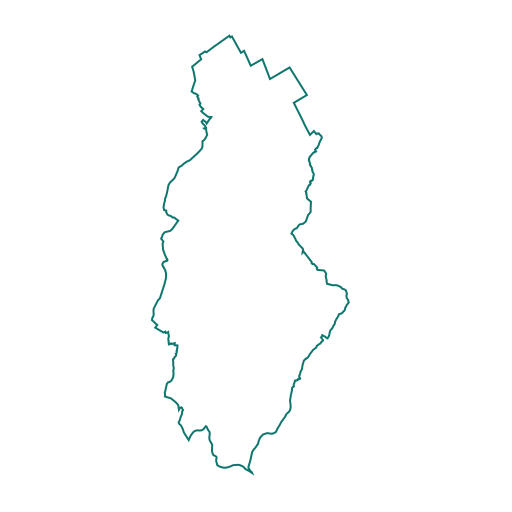 the district of Frumoasa, Harghita, Romania, rotated 96°
{"feature_id": "2599482B33040841725403", "entity_name": "Frumoasa", "entity_type": "district", "adm_level": 2, "iso_a3": "ROU", "parent_name": "Romania", "parent_adm1": "Harghita", "projection": "equal_earth", "projection_center": [25.919, 46.451], "detail": "fine", "context": "isolated", "style": "outline", "palette": "teal", "viewbox_px": 512, "rotation_deg": 96, "n_neighbors": 0, "source": "geoboundaries", "source_scale": "gbopen_adm2", "svg_char_len": 6142}
<svg xmlns="http://www.w3.org/2000/svg" viewBox="0 0 512 512"><g transform="rotate(96 256 256)"><path d="M74.4,339.3L79.2,337.3L87.9,334.7L90.6,335.5L99.1,337.2L100.6,334.7L100.8,333.9L100.8,333.2L101.2,332.0L102.5,330.4L103.6,331.1L104.5,330.3L105.6,329.5L106.1,329.9L110.3,327.2L111.3,328.0L112.9,327.0L113.7,326.3L113.7,326.0L115.4,323.8L117.7,325.6L119.5,323.3L122.5,318.4L122.6,317.9L122.5,314.9L122.9,315.0L124.6,316.4L129.4,318.9L128.4,319.5L127.7,320.4L126.6,322.3L126.2,322.8L128.2,324.1L129.1,323.5L130.5,322.0L131.6,320.6L133.7,319.1L134.5,320.9L134.7,320.6L134.4,320.3L134.2,319.4L135.5,318.8L138.0,318.2L140.4,317.2L143.5,318.3L146.0,319.6L147.5,321.2L152.9,320.7L155.1,321.3L159.7,324.7L167.7,331.8L169.6,335.0L171.8,337.5L174.4,339.8L174.7,340.5L176.1,342.2L179.8,342.9L186.6,345.0L188.4,346.2L191.9,349.2L194.8,350.5L202.0,351.1L206.8,351.8L208.1,352.4L210.9,352.4L213.0,352.8L217.1,353.1L220.0,352.1L220.2,350.0L222.0,349.8L224.1,348.3L224.6,347.3L225.3,344.5L226.4,343.1L226.3,341.2L227.2,340.1L228.9,337.0L238.1,342.2L239.8,343.8L240.1,344.2L241.7,348.8L242.3,349.6L244.7,351.1L247.5,351.6L247.9,352.0L248.8,352.1L251.2,349.6L253.6,350.2L259.3,349.1L264.0,346.9L268.3,344.4L268.3,344.0L269.3,343.6L269.9,343.8L269.8,344.3L270.3,344.6L270.4,345.3L270.9,345.6L271.1,346.4L271.7,347.4L272.4,347.8L274.1,348.3L275.1,347.9L276.6,347.0L276.6,346.8L277.1,346.7L279.6,344.7L280.7,344.6L281.4,344.1L282.9,343.6L286.9,343.2L293.1,344.0L307.4,347.0L308.7,347.5L309.6,348.4L311.1,349.2L319.3,352.3L322.4,352.1L324.1,351.7L325.8,351.7L327.1,352.0L328.3,352.6L330.6,352.8L334.9,347.0L337.8,348.7L341.8,340.0L340.7,338.3L342.0,337.7L341.4,336.2L340.8,335.4L341.8,335.3L344.7,334.2L347.3,334.6L353.0,333.4L352.8,332.9L351.9,331.7L351.9,331.1L352.4,330.9L351.2,327.7L353.2,327.8L353.3,326.9L353.1,324.8L355.8,324.6L356.9,324.9L357.2,324.7L358.2,324.7L358.9,325.1L359.3,324.8L359.7,324.9L360.1,324.8L361.3,325.0L361.6,325.5L362.0,325.2L363.0,325.0L364.2,325.6L364.4,325.9L364.9,326.2L365.4,326.6L366.3,326.6L367.4,327.8L370.8,327.1L373.0,327.0L375.4,326.2L376.7,326.1L379.3,326.3L380.2,325.8L382.1,325.8L382.5,325.6L384.5,325.8L385.0,325.6L388.9,327.2L390.4,328.9L390.7,330.1L392.4,331.3L400.4,332.2L401.0,332.5L404.2,331.8L405.1,332.0L405.3,331.8L406.5,325.6L409.8,320.6L412.3,317.8L416.9,316.6L415.0,315.8L414.3,314.5L414.6,313.9L415.9,313.3L416.4,312.7L416.9,312.5L418.5,313.2L420.7,313.0L423.9,314.1L426.7,314.5L427.3,314.8L428.3,315.0L429.8,315.5L430.2,315.3L431.0,314.9L431.8,313.5L432.9,312.5L435.6,310.8L439.0,309.3L446.1,303.7L441.7,302.3L438.4,300.4L437.5,299.7L436.6,298.8L435.7,297.0L435.4,295.2L435.5,294.0L435.1,292.0L433.8,290.1L430.5,288.2L430.5,287.9L430.9,287.4L431.9,286.7L433.4,285.9L435.8,283.9L436.7,283.6L437.7,283.4L439.9,283.5L442.6,283.3L443.8,282.9L444.8,282.3L448.3,279.8L454.0,279.5L455.6,279.1L458.2,277.8L458.6,277.1L459.5,274.9L460.0,274.3L460.6,274.1L462.6,274.3L464.3,274.1L468.1,272.6L469.4,269.6L469.9,266.1L469.8,264.7L469.6,263.5L468.4,260.3L466.4,256.8L465.5,251.6L465.7,250.0L466.7,246.9L467.5,245.8L468.9,244.4L470.9,239.6L472.3,237.1L471.7,237.4L470.4,239.0L468.0,241.0L467.3,241.4L466.6,241.5L460.2,240.3L451.3,239.3L448.9,238.2L446.3,236.3L443.7,235.1L442.8,234.3L440.8,234.2L437.5,233.4L436.6,232.8L435.7,232.7L435.4,232.5L434.8,231.8L433.0,230.6L431.9,228.6L431.1,226.5L430.9,225.8L431.1,224.9L431.1,221.4L430.5,220.1L429.2,218.1L428.7,217.7L425.7,216.7L421.2,214.6L418.2,213.4L413.5,210.6L410.3,209.3L409.4,208.8L408.7,208.0L407.6,207.0L405.9,206.1L403.1,205.7L400.2,206.1L397.1,206.9L395.9,207.0L390.9,206.8L386.1,206.2L384.1,206.3L383.2,206.2L382.4,205.6L381.8,204.7L380.4,205.0L379.6,205.0L377.2,204.3L376.0,204.3L375.5,203.5L375.4,203.0L375.6,202.4L375.0,201.8L374.5,201.6L374.7,201.4L374.5,201.1L373.8,200.9L373.2,199.7L373.6,199.6L373.4,199.3L373.1,199.3L371.3,200.5L370.5,200.5L369.4,200.0L368.0,199.7L366.2,199.6L365.2,199.0L363.3,198.5L359.7,198.3L354.9,197.4L353.7,196.2L352.9,195.8L352.9,195.3L351.7,194.0L349.8,192.9L348.2,192.3L343.3,189.3L341.3,187.1L340.3,186.3L339.1,186.2L337.0,183.9L336.3,182.8L334.7,182.1L333.4,180.7L332.8,180.5L330.1,182.8L329.6,182.3L327.8,181.8L329.1,178.7L330.1,177.3L330.4,176.3L330.0,176.2L328.9,175.4L326.5,174.8L324.1,174.7L322.3,174.3L319.9,172.6L317.6,171.8L315.3,170.6L313.1,170.5L310.0,169.3L307.3,167.9L305.3,167.5L304.0,164.7L303.0,163.8L302.6,163.7L302.0,163.3L301.5,162.7L300.2,162.0L298.0,161.8L297.2,161.3L295.2,160.6L292.5,158.9L291.9,159.4L290.5,159.5L288.9,160.9L287.8,161.5L286.1,162.0L285.2,161.7L283.9,161.7L281.2,162.9L280.5,163.4L280.0,164.5L279.6,166.6L279.4,167.0L278.0,168.3L276.9,171.5L276.6,173.3L277.0,176.5L277.0,177.9L276.6,179.5L276.5,180.5L276.4,180.5L276.3,182.4L274.0,183.2L273.1,183.1L269.0,184.6L266.3,184.3L263.3,186.7L263.4,193.5L262.2,194.2L261.1,193.9L257.8,197.8L258.1,199.0L257.2,200.0L256.3,199.9L246.7,209.0L247.9,210.0L244.9,209.9L243.7,210.3L240.2,214.6L238.5,215.8L236.5,217.8L234.9,218.6L231.1,221.2L230.7,222.2L230.0,223.1L227.5,222.2L226.3,221.4L224.8,219.9L224.2,218.4L220.8,216.6L220.1,215.9L219.3,213.6L219.1,212.7L216.8,210.3L214.9,209.7L209.9,208.5L206.8,206.4L205.0,206.3L203.7,206.6L196.3,207.0L193.4,211.3L189.3,212.2L188.8,212.7L187.9,212.5L186.6,213.3L186.4,213.0L180.1,210.8L179.9,210.0L178.2,209.2L176.9,210.1L175.7,209.6L175.9,208.9L175.4,208.5L175.1,208.5L174.7,207.6L173.7,207.2L172.6,207.6L171.5,207.2L170.5,207.4L169.5,207.0L168.4,207.1L166.0,208.7L164.2,209.1L164.0,209.4L162.6,209.6L161.5,210.5L160.9,210.7L160.8,211.1L159.4,212.0L158.5,211.7L157.9,212.2L156.2,212.9L156.0,213.2L155.3,213.1L153.7,213.6L152.5,212.9L151.9,213.0L150.3,211.8L147.4,209.9L146.7,208.6L146.2,208.6L145.9,208.0L146.0,207.6L145.8,207.2L144.1,208.4L142.1,207.0L142.2,206.4L139.4,205.4L135.3,204.4L133.2,203.4L131.2,202.9L129.7,203.8L128.3,205.7L128.1,206.4L127.6,206.4L127.7,208.0L128.0,208.5L128.4,208.8L125.7,211.5L129.9,215.0L121.0,221.0L116.3,223.8L99.7,234.4L90.6,222.2L65.0,242.3L78.5,260.6L59.5,270.2L67.3,281.1L53.2,289.3L55.5,292.2L40.2,302.9L41.3,304.4L39.7,305.5L52.2,319.7L58.5,326.5L58.3,327.6L57.9,328.0L62.1,333.2L66.1,331.1L74.4,339.3Z" fill="none" stroke="#0f766e" stroke-width="2"/></g></svg>